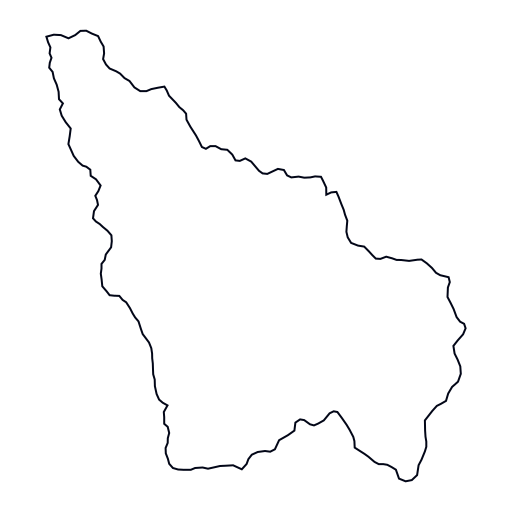 outline of Jaupaci, Goiás, Brazil
{"feature_id": "56859067B98369159462122", "entity_name": "Jaupaci", "entity_type": "district", "adm_level": 2, "iso_a3": "BRA", "parent_name": "Brazil", "parent_adm1": "Goiás", "projection": "natural_earth1", "projection_center": [-51.067, -16.171], "detail": "fine", "context": "isolated", "style": "outline", "palette": "ink", "viewbox_px": 512, "rotation_deg": 0, "n_neighbors": 0, "source": "geoboundaries", "source_scale": "gbopen_adm2", "svg_char_len": 3142}
<svg xmlns="http://www.w3.org/2000/svg" viewBox="0 0 512 512"><path d="M172.9,468.0L178.1,469.5L183.5,469.8L190.8,469.8L195.1,468.0L202.6,467.5L208.0,468.7L213.4,467.5L220.0,466.0L226.2,465.7L233.1,465.3L241.8,469.3L246.6,464.0L248.4,459.1L251.8,454.7L257.7,452.0L265.0,451.0L270.2,451.7L274.9,449.3L279.1,440.2L287.9,435.2L294.4,430.6L295.4,422.6L300.1,419.4L304.2,420.1L310.0,424.3L314.0,425.4L318.1,423.6L323.8,420.4L329.6,413.3L333.7,411.3L337.4,412.0L342.0,418.2L346.6,424.8L349.6,429.8L353.3,436.9L354.4,441.1L354.7,447.6L359.8,450.9L364.5,453.9L368.4,456.7L374.5,461.9L378.7,464.1L383.1,464.1L387.3,464.8L391.5,467.0L395.9,469.7L399.0,478.6L405.6,481.3L411.8,480.1L417.1,475.1L418.6,465.2L421.5,459.7L424.9,451.4L426.3,446.8L426.3,441.6L425.5,436.7L425.1,430.5L424.9,420.4L432.4,410.8L436.8,405.9L440.8,403.9L446.0,400.9L448.2,393.5L452.1,386.9L458.0,381.7L460.8,373.8L460.3,366.4L457.6,359.6L454.6,353.6L453.4,345.9L457.8,340.3L463.1,334.3L465.6,328.3L464.1,323.8L460.1,321.7L456.6,317.1L453.6,309.0L450.7,303.1L447.5,297.0L447.7,292.3L447.9,287.5L449.8,282.1L448.6,277.2L440.2,275.2L436.0,272.8L432.0,268.0L426.8,263.3L421.5,259.5L417.5,259.7L409.1,260.9L401.2,260.0L396.5,259.9L392.1,258.3L386.2,256.7L380.4,258.9L375.8,258.6L372.2,255.0L369.3,251.8L364.2,246.6L358.0,245.6L351.1,242.9L347.7,237.3L346.4,231.8L346.8,226.2L347.3,220.7L345.0,214.6L343.7,209.8L341.4,204.2L338.5,196.6L336.4,191.9L331.2,192.4L326.3,194.7L326.2,187.5L323.0,180.7L321.0,176.8L315.1,176.4L310.3,177.4L304.3,177.7L298.6,176.6L291.3,177.4L287.1,175.4L283.9,170.0L277.9,168.9L267.3,173.9L262.6,173.4L259.0,170.8L251.2,161.6L245.3,158.4L239.8,160.9L235.5,160.4L232.3,154.6L227.3,149.8L221.2,149.2L215.5,146.1L210.3,146.1L205.9,148.8L201.9,147.0L199.0,141.1L196.0,135.5L190.3,126.6L186.5,119.7L186.1,113.7L183.2,110.3L179.4,107.2L175.9,102.9L169.0,95.7L166.7,90.4L164.4,86.6L158.1,87.7L151.3,89.1L146.5,91.1L140.2,91.1L134.4,87.4L129.5,81.0L124.5,78.1L120.1,73.6L116.2,71.3L109.6,68.5L106.0,64.5L103.1,59.1L104.1,53.4L103.6,46.5L100.7,41.6L98.1,36.1L91.9,33.6L86.2,30.7L80.4,30.9L75.2,35.1L68.5,38.3L60.9,35.1L53.8,34.7L46.4,36.7L48.1,42.3L50.4,47.4L49.6,53.4L51.5,57.8L49.8,62.7L49.2,67.7L52.6,71.9L53.9,78.3L56.7,84.7L58.6,91.8L59.0,99.2L62.9,103.4L59.8,109.4L61.7,115.7L65.7,122.2L70.7,128.5L69.7,136.2L68.4,144.1L71.2,150.3L73.7,155.9L78.2,161.8L82.6,165.6L86.3,166.7L90.3,169.7L90.7,175.8L96.0,179.3L100.6,185.5L98.3,191.2L95.3,195.8L97.0,200.0L98.0,204.9L94.0,211.1L93.0,218.3L95.9,221.5L99.7,224.0L102.8,226.9L107.5,230.8L111.4,235.3L111.8,241.2L111.1,247.3L105.8,254.5L104.7,259.9L101.5,263.9L101.5,268.6L100.8,273.7L101.6,279.4L102.3,286.3L106.6,291.3L109.6,295.2L114.0,295.7L119.3,295.9L122.6,299.9L126.2,302.3L130.0,308.2L132.7,313.5L135.1,317.4L138.5,321.4L140.9,328.9L142.7,334.1L145.5,337.8L149.0,342.5L151.3,348.2L152.1,353.6L152.2,358.3L152.8,363.4L153.0,369.4L153.2,374.3L154.7,379.5L154.9,386.2L156.6,394.0L159.1,399.6L162.7,402.7L167.5,405.4L163.8,412.0L164.2,417.2L164.2,423.8L167.7,426.8L169.2,433.0L167.8,438.2L167.7,442.9L165.6,448.0L165.8,453.4L167.9,458.8L169.2,463.8L172.9,468.0Z" fill="none" stroke="#020617" stroke-width="2"/></svg>